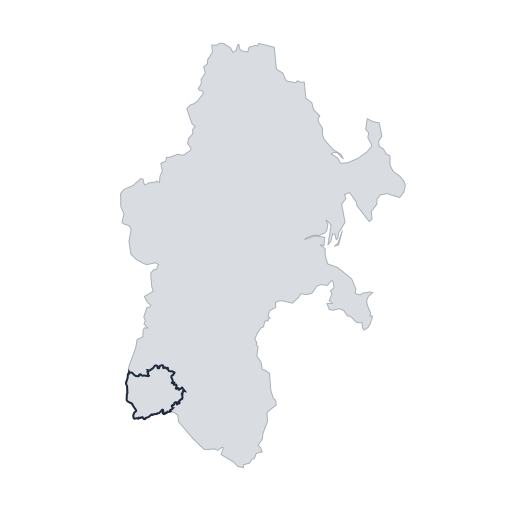 Ukraine, with Volyn highlighted, rotated 276°
{"feature_id": "UKR-318", "entity_name": "Volyn", "entity_type": "Region", "adm_level": 1, "iso_a3": "UKR", "parent_name": "Ukraine", "parent_adm1": "", "projection": "albers", "projection_center": [25.131, 51.122], "detail": "fine", "context": "in_parent", "style": "outline", "palette": "slate", "viewbox_px": 512, "rotation_deg": 276, "n_neighbors": 0, "source": "natural_earth", "source_scale": "10m", "svg_char_len": 8923}
<svg xmlns="http://www.w3.org/2000/svg" viewBox="0 0 512 512"><g transform="rotate(276 256 256)"><path d="M363.7,347.1L370.9,355.3L376.5,359.2L379.0,359.1L385.5,354.8L390.1,355.2L393.6,351.8L404.1,352.3L401.8,358.5L401.3,364.6L388.4,368.7L383.1,366.0L378.0,366.9L375.7,371.5L370.9,375.1L369.7,378.7L360.3,379.8L354.4,383.6L350.4,390.7L345.6,395.4L341.6,397.2L334.9,396.3L329.1,392.7L331.8,379.7L329.6,373.1L325.1,370.4L319.9,370.7L312.5,366.0L304.9,367.5L302.0,365.1L316.6,351.1L320.0,350.2L328.8,342.6L326.5,337.6L322.6,339.4L316.5,335.8L298.8,341.0L287.3,335.7L282.1,335.5L280.7,334.1L285.8,332.2L286.0,329.8L278.6,329.0L274.4,326.4L294.6,327.4L299.4,321.8L294.1,324.2L288.4,323.6L286.2,322.1L283.3,317.3L282.5,310.3L279.4,304.3L277.3,302.5L282.0,312.3L281.9,322.3L273.5,322.5L273.9,318.4L270.5,324.0L263.9,324.8L255.7,328.0L253.1,338.4L243.2,353.5L233.5,358.9L230.1,358.3L228.7,359.6L228.3,364.0L230.2,366.0L232.1,372.9L231.7,375.9L228.0,372.2L223.7,370.7L219.2,371.6L211.1,376.0L208.2,375.5L208.6,377.5L207.8,378.2L199.9,376.5L196.4,374.7L193.6,371.1L196.0,369.3L200.7,368.4L200.3,363.1L205.9,356.2L206.0,353.2L211.0,348.9L212.3,344.3L210.0,337.7L210.6,334.3L216.1,331.6L216.8,336.8L218.0,336.2L219.1,333.5L226.9,335.5L229.1,333.6L232.6,336.9L238.4,335.5L239.6,333.8L234.3,330.0L234.3,323.4L232.4,319.7L224.6,315.4L222.8,309.6L223.2,304.5L219.3,302.6L212.9,297.2L214.2,286.9L213.6,283.1L211.8,280.2L206.9,281.0L203.0,275.1L197.2,274.3L195.7,276.5L194.6,274.6L192.6,274.7L192.7,272.3L191.3,271.4L186.4,270.9L185.2,268.7L179.8,265.5L173.3,263.5L169.9,265.9L168.3,265.3L165.8,267.6L156.7,267.2L151.3,271.9L143.9,274.1L143.2,277.3L140.6,281.7L123.8,284.8L116.7,287.9L114.4,290.7L110.0,291.7L102.5,284.0L100.2,283.4L92.8,284.8L80.6,281.5L74.4,281.4L68.0,277.8L65.9,280.6L61.6,282.6L61.2,279.7L59.2,276.7L54.7,275.7L53.3,273.1L49.3,271.1L47.2,265.6L44.3,265.6L44.8,259.8L48.6,255.7L54.8,242.1L61.9,243.5L62.1,242.0L58.9,238.7L59.7,234.3L58.0,225.5L59.4,223.1L67.4,212.8L83.3,196.1L89.3,195.0L92.0,190.7L92.2,187.6L89.6,181.5L92.6,179.4L92.3,178.4L89.9,176.0L87.2,169.3L82.9,162.6L83.3,159.6L81.7,155.1L81.9,151.8L86.0,150.9L89.5,152.9L93.4,150.1L98.7,142.8L114.3,140.7L133.3,141.2L152.2,146.0L160.4,146.5L164.0,151.9L170.8,151.5L172.8,152.5L173.1,155.9L176.5,151.7L179.9,152.7L183.7,150.8L193.1,152.8L194.3,155.8L196.2,156.5L198.7,152.6L204.1,149.2L210.1,157.6L214.6,155.5L228.0,153.1L231.5,155.6L232.2,158.3L237.1,160.1L238.8,156.7L236.0,148.2L236.9,144.8L240.1,137.2L244.7,131.4L257.5,128.1L269.7,129.1L273.0,126.4L274.2,120.6L275.7,119.2L284.0,120.3L291.1,116.4L303.9,114.8L308.3,117.7L313.7,126.8L320.8,133.1L320.7,135.5L315.2,137.5L315.2,138.7L317.5,141.7L319.0,148.4L320.1,149.1L319.1,152.3L325.3,152.2L330.6,153.9L338.3,151.7L341.0,156.5L344.6,156.6L345.1,159.9L349.0,167.4L348.5,171.7L349.3,174.2L354.2,179.7L356.2,180.2L360.6,176.3L365.9,176.6L370.9,180.4L375.3,179.8L378.4,181.9L381.1,178.4L395.4,171.7L399.7,175.4L400.7,178.0L403.5,181.4L412.5,186.7L414.6,185.6L414.8,182.4L416.5,181.1L421.4,183.5L425.9,183.0L432.9,186.4L438.5,184.2L442.2,187.6L446.0,187.4L454.3,191.4L461.1,189.9L461.6,195.1L463.6,197.0L464.1,201.2L460.4,208.8L456.1,211.7L458.3,214.7L464.2,215.8L464.8,216.7L460.0,218.2L458.4,221.1L458.1,226.5L462.9,227.3L465.4,233.5L464.9,235.7L467.7,236.4L465.5,252.3L443.9,256.8L440.7,263.6L434.6,266.8L433.0,268.9L432.5,277.7L434.6,278.9L433.4,282.8L434.2,285.7L418.1,289.1L414.2,295.5L407.3,298.1L402.1,304.8L399.2,303.5L396.1,304.0L389.9,308.8L383.6,309.4L379.0,311.6L369.8,321.7L366.0,329.9L361.6,332.8L367.3,325.8L367.2,322.5L365.3,320.2L362.0,326.9L357.1,330.4L358.3,337.5L363.7,347.1ZM290.4,339.3L275.6,336.9L273.9,332.9L277.4,336.2L290.4,339.3Z" fill="#d9dde1" stroke="#a8b0b8" stroke-width="1"/><path d="M116.9,140.0L120.7,141.0L125.0,141.0L125.1,141.7L125.3,141.8L127.4,142.0L127.5,142.0L127.0,142.4L126.9,142.6L126.8,142.9L126.8,143.2L126.9,143.4L127.1,144.2L127.1,144.3L127.0,144.7L126.8,145.2L126.5,145.6L126.3,145.8L125.6,146.5L124.5,148.0L124.3,148.4L124.2,149.0L124.1,149.7L124.1,150.3L124.1,151.0L124.1,151.5L124.2,151.9L124.3,152.0L124.5,152.1L124.8,152.1L125.3,152.1L125.4,152.5L125.5,152.6L126.0,152.8L126.3,153.1L126.3,153.3L126.2,153.5L126.0,153.9L125.9,154.1L125.5,154.4L125.4,154.6L125.3,154.8L125.2,155.0L125.1,155.7L125.1,155.9L125.2,156.2L125.4,157.2L125.5,157.6L125.5,157.9L125.4,158.5L125.3,159.0L125.4,159.3L125.4,159.7L125.2,161.2L125.3,161.5L125.4,161.8L125.6,162.0L125.9,162.1L126.0,162.0L126.1,161.8L126.3,161.4L126.4,161.2L126.7,161.0L127.0,160.9L127.5,160.8L127.8,160.8L128.3,161.0L128.5,161.0L128.7,160.9L128.9,160.7L129.2,160.2L129.3,160.1L129.5,160.1L129.6,160.4L129.8,160.6L130.0,160.7L130.4,160.7L130.7,160.6L131.2,160.2L131.2,160.3L131.2,160.6L131.0,161.4L130.9,161.8L130.9,162.1L131.0,162.2L131.1,162.4L131.2,162.6L131.9,163.0L132.0,163.1L132.1,163.6L132.2,163.8L132.3,163.9L133.0,164.4L133.4,165.0L133.5,165.2L133.7,165.4L135.4,166.2L136.6,167.3L136.7,167.7L136.7,168.2L136.7,168.4L136.6,168.7L136.4,169.0L136.0,169.4L134.4,169.8L134.2,170.1L134.1,171.1L134.2,171.3L134.9,171.6L135.1,171.6L135.4,171.4L135.6,171.3L135.9,171.3L136.1,171.4L136.3,171.5L136.7,172.0L137.0,172.6L137.1,172.8L137.2,173.2L137.4,173.5L137.5,173.7L137.5,174.4L137.5,174.6L137.4,174.8L137.1,175.0L136.7,175.2L135.1,175.4L135.0,175.5L134.9,175.6L134.8,175.9L134.8,176.1L135.4,176.5L135.7,176.9L135.7,177.0L135.7,177.3L135.7,177.5L135.0,178.4L134.7,178.8L134.7,179.0L134.8,179.3L135.3,179.5L135.5,179.6L135.5,179.8L135.4,180.1L135.2,180.2L134.4,180.1L134.2,180.2L134.0,180.3L133.0,181.1L132.8,181.3L132.6,181.4L132.5,181.7L132.5,181.9L132.4,183.5L132.6,184.4L132.6,184.7L132.5,184.8L132.5,185.0L132.3,185.2L132.2,185.4L132.1,185.7L132.0,185.8L131.8,187.0L131.7,187.1L131.4,187.2L131.1,187.1L130.9,187.0L130.4,186.5L130.1,186.3L129.1,186.1L128.9,185.9L128.9,185.7L128.4,185.0L128.1,184.6L127.7,184.5L126.5,184.5L126.0,184.8L125.5,185.1L124.7,185.6L123.9,185.9L123.2,186.3L122.8,186.4L122.2,186.3L121.7,186.1L121.5,185.9L121.1,185.6L120.9,185.8L121.0,185.9L121.1,186.3L121.0,186.6L120.8,186.8L120.8,187.1L120.9,187.3L121.4,187.7L121.5,187.7L121.5,187.8L121.5,188.0L121.3,188.0L121.1,188.0L119.5,187.8L119.4,187.9L119.3,188.0L119.3,188.4L119.6,188.9L119.7,189.1L119.7,189.4L119.7,189.7L119.7,189.9L119.7,190.0L119.3,190.4L119.0,190.6L117.2,190.4L116.2,190.1L115.9,190.1L115.6,190.5L115.5,190.8L115.6,191.0L116.4,191.6L116.6,191.9L116.6,192.0L116.2,192.7L116.1,193.0L115.9,193.1L115.7,193.2L115.1,193.2L114.9,193.2L114.9,193.3L114.9,193.5L115.0,193.6L115.5,194.0L115.8,194.3L116.0,194.6L116.6,195.6L116.8,195.7L117.2,195.8L117.3,195.9L117.4,196.0L117.4,196.4L117.2,196.6L116.9,196.8L116.5,196.9L116.3,197.1L116.1,197.4L115.6,198.0L114.2,199.3L114.3,198.3L114.2,197.9L114.1,197.7L113.8,197.4L113.6,197.4L112.9,197.5L112.4,197.3L111.7,196.8L111.4,196.7L111.2,196.6L111.1,196.9L111.2,197.3L110.7,197.4L109.3,197.2L108.8,197.3L108.5,197.4L108.1,197.6L107.9,197.6L107.6,197.7L106.4,197.6L106.2,197.5L106.0,197.3L106.0,197.2L106.0,196.8L105.9,196.6L105.6,196.4L104.7,195.8L104.5,195.6L104.5,195.2L104.4,195.0L104.2,194.9L103.4,194.9L103.1,194.8L103.0,194.4L102.8,194.2L102.7,194.1L102.4,194.3L102.4,194.5L102.4,194.9L102.3,195.1L102.2,195.2L102.0,195.3L101.7,195.3L101.5,195.2L101.4,195.1L101.5,194.5L101.4,194.2L100.4,193.3L100.3,193.1L100.2,193.0L100.3,192.9L100.5,192.7L101.7,192.4L101.9,192.3L102.0,192.1L102.2,191.9L102.3,191.7L102.2,191.3L102.1,191.1L101.4,190.3L101.2,190.1L100.9,190.1L100.4,190.2L100.2,190.2L99.9,190.1L99.2,189.5L99.2,189.4L99.2,189.2L99.2,188.9L99.1,188.7L98.7,188.3L98.4,188.1L98.2,187.9L97.9,188.0L97.7,188.1L97.6,188.4L97.3,188.6L96.8,188.6L96.5,188.7L96.3,188.8L95.9,188.9L95.9,189.1L95.7,188.9L95.2,188.8L95.0,188.6L94.8,188.4L94.6,188.0L94.5,187.8L94.1,187.6L93.9,187.5L93.8,186.8L93.5,186.6L93.2,186.7L92.9,186.7L92.7,186.9L92.5,187.1L91.9,185.7L91.8,185.0L91.9,184.2L91.3,184.0L90.7,183.6L90.4,183.1L90.7,182.4L90.7,182.2L90.1,182.1L89.5,181.9L89.2,181.4L89.2,180.7L89.5,180.1L90.0,179.7L90.6,179.6L91.2,180.0L91.7,179.8L92.4,179.8L93.1,179.7L93.4,179.0L93.1,178.6L91.3,177.5L89.7,176.1L89.4,175.5L89.3,175.0L89.3,174.7L89.2,174.4L89.0,174.0L88.7,173.8L88.4,173.7L88.4,173.3L88.4,173.1L88.1,171.6L87.9,171.1L87.4,170.2L87.0,169.4L87.1,169.1L87.5,168.9L87.3,168.5L86.2,167.4L85.1,166.6L84.6,166.0L83.4,163.2L83.0,163.0L82.6,163.0L82.2,162.8L82.1,162.0L82.2,161.5L82.6,161.0L83.0,160.6L83.4,160.4L83.2,160.0L83.3,159.6L83.4,159.3L83.7,159.2L83.5,158.8L82.6,157.4L82.6,157.2L83.0,156.5L82.7,156.3L82.3,156.1L81.9,155.9L81.8,155.4L81.7,155.1L81.9,155.3L82.1,155.2L82.3,154.7L82.2,154.3L81.6,152.6L81.5,152.3L81.5,152.0L81.8,151.5L82.1,151.3L82.3,151.1L84.5,150.6L85.0,150.6L86.6,151.1L87.1,151.2L88.0,151.6L88.6,152.4L89.3,153.0L90.2,152.8L93.5,149.9L96.1,148.2L96.7,147.3L97.3,145.0L97.6,144.3L98.4,143.1L98.9,142.6L99.4,142.4L104.9,142.0L106.2,142.4L106.7,142.4L112.9,141.4L114.9,140.3L115.9,140.0L116.9,140.0Z" fill="none" stroke="#1e293b" stroke-width="2"/></g></svg>